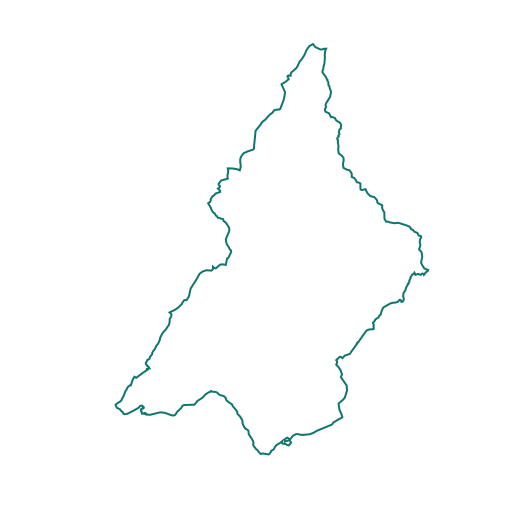 Catina, Buzau, Romania, rotated 349°
{"feature_id": "2599482B39348236200125", "entity_name": "Catina", "entity_type": "district", "adm_level": 2, "iso_a3": "ROU", "parent_name": "Romania", "parent_adm1": "Buzau", "projection": "albers", "projection_center": [26.245, 45.307], "detail": "fine", "context": "isolated", "style": "outline", "palette": "teal", "viewbox_px": 512, "rotation_deg": 349, "n_neighbors": 0, "source": "geoboundaries", "source_scale": "gbopen_adm2", "svg_char_len": 6111}
<svg xmlns="http://www.w3.org/2000/svg" viewBox="0 0 512 512"><g transform="rotate(349 256 256)"><path d="M422.3,302.6L418.8,300.3L417.3,296.3L416.8,294.3L417.0,293.4L419.0,288.6L419.3,285.2L419.1,283.5L417.3,280.6L418.9,277.9L419.5,276.2L419.3,273.7L420.4,270.7L421.8,269.1L421.7,268.1L421.2,267.6L419.6,267.0L418.9,264.3L416.0,262.2L415.0,260.2L413.4,259.4L412.9,257.5L412.4,256.6L410.1,255.0L402.1,250.6L398.0,250.2L393.7,248.5L392.4,247.6L390.2,247.1L389.2,243.9L390.3,237.6L389.4,235.4L388.9,232.7L389.4,231.7L389.5,230.3L389.0,229.6L388.4,229.5L385.7,227.3L385.3,226.2L385.5,225.3L385.2,223.8L383.3,220.7L379.9,219.1L379.3,218.5L377.3,215.4L376.2,211.2L373.2,211.5L372.0,211.2L371.3,210.4L372.3,204.7L370.9,203.6L369.1,202.8L368.4,200.1L367.2,198.1L365.1,196.7L365.7,193.4L364.8,190.9L363.8,189.4L361.7,188.6L358.7,186.2L358.7,183.4L359.3,181.3L360.2,179.3L360.6,176.9L360.4,176.0L359.4,173.9L356.8,171.1L357.0,166.7L357.9,164.2L358.1,159.4L358.6,157.8L358.2,157.4L358.1,156.5L358.5,155.5L360.0,154.4L359.8,153.6L361.2,152.4L360.9,150.4L362.0,147.8L363.7,147.0L363.8,145.5L364.4,144.7L364.5,143.0L363.9,141.2L361.3,139.0L360.3,137.6L359.9,135.8L357.6,134.2L356.1,134.0L354.9,129.9L351.8,127.6L351.4,126.4L352.1,124.3L353.3,123.1L353.0,121.5L353.7,119.8L359.1,113.9L360.8,109.7L360.9,107.8L360.4,105.6L360.4,103.1L359.7,102.0L360.1,99.7L360.1,98.9L359.4,97.1L359.4,96.8L359.7,96.5L359.2,95.6L358.8,93.7L356.2,88.3L356.6,87.1L357.9,84.9L358.1,83.8L359.8,80.3L361.5,74.5L361.7,72.4L363.2,67.5L364.4,65.9L363.1,65.6L359.4,65.8L358.4,65.4L354.2,62.3L352.3,58.8L348.3,60.2L346.7,61.7L344.6,63.8L343.0,66.4L341.3,68.6L338.2,71.8L336.0,73.4L332.8,77.8L331.1,79.5L325.6,82.6L324.7,84.0L324.3,85.7L322.5,85.0L321.6,85.2L321.1,85.9L321.7,87.7L321.8,88.7L318.1,90.7L313.8,92.3L315.7,100.3L315.4,102.0L313.3,107.5L307.8,116.3L306.6,116.7L305.8,116.3L304.7,116.5L303.4,116.2L301.5,116.5L299.6,118.4L295.8,120.3L290.8,124.2L289.1,124.8L286.8,126.3L286.0,127.5L279.5,133.0L275.2,147.3L274.5,150.2L273.4,151.0L268.1,151.7L263.5,152.7L260.8,155.1L259.1,157.7L258.4,160.8L258.4,163.3L257.9,165.9L256.4,168.8L254.0,167.2L249.7,165.6L245.0,164.6L245.1,167.0L243.2,172.0L243.1,174.7L236.0,175.3L233.1,178.1L233.0,179.2L234.0,180.6L233.4,181.7L231.5,182.6L233.3,185.1L233.0,186.3L228.6,186.9L225.4,189.0L224.6,189.1L222.2,191.9L222.0,193.3L221.2,194.2L219.1,195.0L220.9,200.2L221.1,201.9L222.2,205.0L223.5,206.2L224.4,208.8L225.3,209.5L225.8,211.2L227.2,211.6L228.6,212.6L230.5,213.3L230.8,213.8L230.8,215.3L232.8,217.6L235.0,223.1L234.8,225.4L234.1,227.0L229.6,233.7L229.4,235.8L229.6,238.9L230.9,242.1L231.6,244.5L232.4,245.5L232.5,246.6L232.1,247.7L228.5,252.6L227.2,252.9L224.6,259.0L221.7,257.8L219.2,257.6L214.1,260.5L213.1,260.0L211.7,258.3L211.2,260.8L209.5,261.8L204.8,260.6L203.5,260.6L200.3,261.2L197.2,262.7L192.8,268.0L185.6,275.5L182.5,282.8L179.9,285.6L179.2,286.1L178.2,285.7L177.1,285.7L174.8,287.8L174.1,288.9L170.0,291.7L165.7,293.5L160.4,294.9L161.7,296.7L161.8,297.6L161.0,299.5L159.3,301.3L158.5,304.6L157.2,307.3L155.5,308.7L153.5,310.9L149.8,313.6L146.5,317.7L145.3,320.5L142.9,323.7L141.1,325.0L138.7,328.4L137.3,329.4L135.8,331.1L135.1,332.8L132.5,335.0L132.2,336.2L131.2,337.0L129.5,337.2L129.1,338.1L127.4,340.0L127.3,341.3L128.0,342.1L128.2,343.0L129.4,344.3L129.9,345.8L129.1,345.5L128.0,346.2L127.3,346.1L127.2,346.5L127.7,347.0L122.6,349.1L115.2,352.7L113.6,351.3L111.3,354.0L108.4,359.1L107.3,358.9L104.7,360.6L103.1,362.9L102.0,363.7L99.2,368.4L97.5,370.2L96.4,371.9L94.7,373.1L93.1,373.5L89.9,375.1L89.7,375.7L90.5,378.5L93.1,380.4L94.1,382.4L95.2,383.6L95.7,384.7L95.8,385.6L97.1,386.3L99.8,386.3L106.1,384.5L112.0,382.5L113.5,381.1L115.0,380.9L116.3,382.0L116.8,382.9L116.4,383.1L116.8,383.6L116.6,384.0L115.6,383.8L115.5,384.2L114.4,384.3L113.8,384.7L113.5,386.1L114.1,386.6L113.8,387.9L114.1,389.1L115.1,388.9L116.0,389.6L116.7,388.8L117.1,388.9L118.0,389.6L117.8,390.6L118.1,390.8L118.6,390.6L119.8,391.2L122.2,391.7L131.2,391.2L133.2,391.4L136.9,392.7L142.6,396.2L144.8,396.9L146.5,396.5L148.9,393.9L153.3,391.2L155.4,388.9L157.1,388.6L167.2,390.2L171.0,387.0L175.3,385.4L177.1,384.5L179.9,382.3L183.2,380.9L185.2,380.6L186.1,379.9L187.2,380.9L190.4,381.7L192.1,383.0L192.4,383.7L194.2,385.7L197.7,387.3L198.4,388.6L199.3,389.7L199.2,390.7L199.5,392.0L200.9,393.9L204.1,397.0L204.5,399.0L207.0,403.3L207.8,405.3L207.7,407.4L209.6,410.3L210.9,413.7L211.2,414.8L210.9,418.4L212.0,422.0L212.7,423.6L214.6,425.1L215.2,426.2L214.9,429.5L217.8,436.9L217.9,439.0L217.1,440.8L217.2,441.3L217.7,442.6L218.7,444.2L218.8,445.0L220.3,446.8L221.1,448.6L222.9,451.3L224.9,451.1L230.6,453.2L232.1,452.3L233.2,451.2L233.7,450.2L236.1,449.4L239.7,445.6L244.5,443.9L246.2,442.9L245.8,444.3L246.2,445.2L247.6,445.8L248.2,445.3L250.7,447.6L252.1,448.2L254.8,446.0L253.9,443.2L249.6,443.5L248.8,443.1L248.6,441.8L251.4,440.4L252.1,440.3L254.0,442.1L255.0,442.1L257.9,439.5L261.3,438.5L263.7,439.0L265.1,439.8L268.2,440.6L274.7,441.2L278.5,440.6L282.4,439.2L298.2,436.0L300.6,434.0L310.0,430.8L309.8,428.1L308.6,422.7L308.9,416.6L313.7,413.9L316.2,411.9L319.6,405.7L320.3,400.5L316.2,391.1L317.9,388.5L317.4,386.1L317.3,384.4L315.9,380.9L314.0,378.0L315.2,376.3L315.5,374.7L314.9,373.6L315.5,372.9L317.0,372.3L318.8,371.0L319.9,371.1L321.4,372.8L324.2,370.7L329.5,370.0L331.6,367.8L338.3,361.6L338.2,361.3L338.7,360.6L339.3,360.1L339.7,360.3L349.6,350.8L350.5,350.2L353.3,349.7L357.4,350.3L357.7,350.0L357.8,347.6L358.3,347.0L358.4,345.7L358.0,344.8L358.1,343.8L359.9,342.7L360.2,342.0L361.2,341.0L364.7,339.6L365.7,338.1L367.2,337.3L368.7,334.1L369.5,333.3L370.0,332.1L371.5,330.7L378.9,328.2L381.2,328.0L383.8,328.3L386.3,328.1L388.4,326.5L388.9,326.5L390.0,327.4L389.9,328.7L391.1,328.9L392.3,327.8L392.7,326.9L393.0,325.9L392.7,323.7L393.8,320.4L396.1,318.1L397.4,315.5L399.3,313.4L399.8,312.3L400.4,312.4L400.8,311.4L401.7,310.6L401.7,309.5L403.6,307.1L403.5,306.6L406.0,303.9L407.5,303.7L408.3,302.6L408.7,303.7L408.5,304.3L409.1,305.0L411.5,304.5L414.2,305.9L415.4,305.1L416.3,305.0L417.2,305.9L417.3,306.5L419.7,304.3L421.6,303.6L422.3,302.6Z" fill="none" stroke="#0f766e" stroke-width="2"/></g></svg>